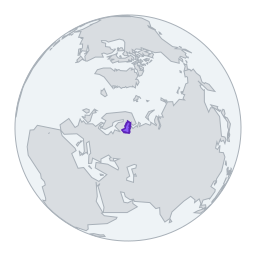 globe centered on Karelia, rotated 28°
{"feature_id": "RUS-2353", "entity_name": "Karelia", "entity_type": "Republic", "adm_level": 1, "iso_a3": "RUS", "parent_name": "Russia", "parent_adm1": "", "projection": "orthographic", "projection_center": [34.102, 63.665], "detail": "medium", "context": "on_globe", "style": "filled", "palette": "violet", "viewbox_px": 256, "rotation_deg": 28, "n_neighbors": 0, "source": "natural_earth", "source_scale": "10m", "svg_char_len": 12001}
<svg xmlns="http://www.w3.org/2000/svg" viewBox="0 0 256 256"><g transform="rotate(28 128 128)"><circle cx="128" cy="128" r="113" fill="#eef3f6" stroke="#a8b0b8"/><path d="M59.9,38.3L61.4,37.2L78.5,28.2L66.5,33.7L71.2,30.8L76.9,28.0L76.0,28.7L82.8,26.5L88.4,24.5L96.5,24.1L100.8,28.0L97.7,28.3L99.1,29.3L103.1,29.1L105.5,28.8L115.8,33.4L129.2,35.2L133.9,33.6L132.5,35.8L141.7,31.5L149.2,31.8L140.4,32.8L139.2,34.1L144.2,34.9L144.1,36.3L146.5,37.6L145.9,39.4L140.8,40.0L140.3,41.2L143.9,41.8L145.5,44.0L140.4,43.0L142.8,46.8L134.7,48.9L121.4,45.5L116.5,48.8L101.9,50.9L102.9,52.4L98.0,54.4L97.3,56.9L94.8,56.7L96.4,59.0L98.9,58.7L100.4,59.6L100.2,61.1L97.0,61.1L96.6,60.3L95.5,61.1L94.0,60.5L94.7,61.6L90.8,61.5L94.3,63.9L91.0,65.7L88.5,65.1L89.1,62.2L85.0,53.9L82.7,52.6L78.7,53.5L70.3,61.4L67.6,61.3L63.5,63.3L64.8,64.6L68.5,63.6L69.9,66.7L74.1,65.1L75.3,66.3L79.6,66.0L78.4,69.3L75.0,72.7L71.5,73.1L69.9,74.7L72.9,77.0L65.9,80.7L60.6,88.1L58.9,88.8L56.2,84.9L57.1,77.8L53.6,73.4L55.4,79.7L51.0,81.5L50.0,83.3L50.0,85.2L51.4,85.9L49.8,87.3L47.5,81.5L48.9,80.2L49.6,82.0L50.1,78.7L48.5,75.1L46.3,76.5L46.1,70.0L44.6,71.0L43.7,70.2L46.2,69.1L41.8,71.1L41.2,64.9L35.2,68.9L41.7,62.2L44.3,58.5L47.0,54.5L46.0,55.0L50.9,49.3L53.1,45.7L50.6,46.5L46.3,50.5L41.2,56.4L41.2,56.9L38.3,61.1L37.2,61.4L31.6,69.9L30.8,71.0L35.6,63.6L40.9,56.6L46.8,50.0L53.1,43.9L59.9,38.3ZM23.7,85.4L23.5,86.1L22.2,90.3L21.0,93.0L21.2,93.5L19.8,97.7L17.9,108.4L17.8,108.1L16.0,120.6L16.0,132.4L16.0,136.9L15.8,137.0L16.3,141.0L16.3,141.9L19.8,158.2L23.1,168.2L24.0,171.2L23.8,170.7L21.0,163.3L18.8,155.6L17.1,147.8L16.0,140.0L15.4,132.0L15.4,124.1L16.0,116.1L17.1,108.3L18.8,100.5L21.0,92.8L23.7,85.4ZM33.9,69.6L27.7,81.0L29.7,75.7L29.6,76.4L31.5,73.2L34.5,68.1L36.7,63.8L33.9,69.6ZM34.5,71.9L35.5,70.1L34.8,71.8L34.5,71.9ZM106.5,28.4L103.2,29.0L99.6,28.7L102.3,28.0L106.5,28.4ZM113.4,29.5L111.9,30.1L110.5,28.7L111.8,28.8L113.4,29.5ZM137.2,32.2L134.6,32.0L137.2,31.7L137.2,32.2ZM146.9,37.5L147.7,37.1L148.6,38.0L146.9,37.5ZM79.9,64.3L79.7,65.1L79.0,64.7L79.9,64.3ZM81.9,63.4L81.2,62.3L82.0,61.7L82.4,62.4L81.9,63.4ZM148.5,41.5L149.7,43.0L147.6,41.5L148.5,41.5ZM82.5,64.9L83.6,60.8L85.1,59.9L87.9,61.7L82.5,64.9ZM149.8,44.0L152.7,47.9L154.7,47.4L150.7,51.4L149.5,46.6L146.7,44.8L149.0,45.0L149.8,44.0ZM99.7,57.9L97.1,58.3L99.4,56.6L99.7,57.9ZM100.8,56.6L105.8,50.4L109.5,50.7L107.1,52.6L112.1,52.0L111.5,55.2L108.6,56.3L106.3,55.4L107.8,57.3L100.8,56.6ZM148.0,53.0L147.9,54.1L147.0,53.1L148.0,53.0ZM101.2,59.8L101.8,58.5L105.1,58.6L104.4,61.3L103.6,60.4L101.2,59.8ZM113.7,50.3L116.0,51.0L116.2,53.7L117.1,54.4L111.8,55.3L113.7,50.3ZM102.7,61.1L103.9,62.7L102.2,64.1L100.7,61.1L102.7,61.1ZM106.3,57.5L107.8,57.8L106.7,58.5L106.3,57.5ZM96.8,69.9L97.5,68.2L99.3,68.1L96.8,69.9ZM104.5,63.2L105.1,62.8L105.9,62.6L106.3,63.9L104.5,63.2ZM112.3,57.2L111.8,58.3L114.4,57.0L114.6,59.1L111.1,59.4L112.7,60.1L112.8,60.8L109.8,60.3L112.3,57.2ZM109.1,64.6L104.6,65.8L102.9,69.0L101.2,69.1L104.3,64.1L109.1,64.6ZM109.7,62.1L109.0,63.7L107.3,63.0L106.9,61.5L109.7,62.1ZM116.1,60.4L116.7,57.1L117.4,57.2L116.1,60.4ZM108.9,65.6L110.0,65.3L108.9,65.9L108.9,65.6ZM114.2,62.1L114.3,61.0L115.2,61.1L114.2,62.1ZM112.0,65.7L110.6,66.1L110.2,65.1L112.0,65.7ZM113.3,64.2L114.4,64.6L111.0,64.5L113.2,63.6L113.3,64.2ZM115.0,62.4L115.6,62.1L114.8,62.9L115.0,62.4ZM114.2,69.5L109.9,69.6L109.1,67.3L113.4,67.5L114.2,69.5ZM93.7,235.3L86.8,231.7L89.5,230.9L88.3,228.7L79.9,220.2L81.7,217.2L79.5,214.6L74.9,213.0L72.4,209.6L69.6,208.2L52.7,198.9L47.8,191.9L42.5,175.8L45.7,173.8L46.7,168.2L69.2,161.5L73.5,165.7L90.7,170.7L92.8,172.3L90.3,177.0L102.8,187.0L107.4,183.7L119.3,188.7L127.4,188.8L131.2,179.1L117.8,178.6L116.0,173.4L127.1,169.5L138.9,169.8L138.6,167.8L131.6,163.5L134.7,159.5L129.2,161.7L131.1,163.8L127.7,165.2L125.7,163.4L126.9,162.0L123.5,161.0L118.7,168.1L120.2,171.0L110.9,171.2L112.4,176.2L109.8,177.9L106.2,170.2L106.9,167.7L99.9,158.0L98.3,160.7L104.8,170.1L102.6,169.0L100.6,172.9L100.4,169.1L93.7,158.4L85.6,157.1L74.6,163.5L70.0,161.7L66.5,157.1L71.3,147.4L81.0,152.4L82.8,149.3L81.5,142.5L84.6,144.6L85.2,142.6L88.9,144.1L94.8,140.9L98.7,141.8L101.6,135.5L104.0,135.2L101.6,138.9L102.0,142.1L111.7,144.2L113.7,143.2L114.8,139.0L117.4,140.2L117.2,135.9L123.1,135.0L115.8,132.6L116.9,127.8L120.8,124.7L119.9,122.7L113.6,128.0L112.2,130.5L113.2,133.3L108.4,140.0L104.9,140.4L105.0,131.9L100.0,131.6L102.2,125.3L118.0,114.8L124.2,113.1L133.2,120.3L131.4,123.3L127.3,122.2L130.5,127.6L130.5,125.0L132.6,126.1L134.3,122.1L135.8,122.7L134.7,117.9L136.8,118.2L137.5,121.2L141.6,115.7L146.2,115.2L146.4,113.7L145.3,112.2L151.8,112.7L151.6,111.6L149.4,111.0L147.7,108.4L147.2,104.1L149.5,104.5L150.0,106.1L154.4,110.2L155.3,114.5L156.2,114.3L155.9,110.6L150.6,105.6L149.6,102.9L152.5,104.8L151.4,103.9L151.6,102.7L154.0,101.9L151.0,99.6L150.6,86.4L155.1,83.8L157.7,86.9L159.8,78.6L164.8,76.7L162.8,76.1L162.4,71.9L160.9,72.4L159.9,71.9L158.3,61.9L159.7,60.0L156.7,55.3L155.7,55.0L154.5,56.1L150.7,51.4L154.7,47.4L156.9,48.1L157.9,45.3L162.7,47.5L167.1,48.2L171.7,52.6L174.8,52.9L174.8,51.7L179.1,51.4L187.6,54.9L180.5,57.0L167.6,53.5L172.8,55.3L171.5,56.5L173.4,58.1L177.1,59.3L177.5,58.5L183.1,69.0L191.8,76.1L191.4,71.4L193.9,70.1L203.5,74.9L214.4,91.4L217.8,90.5L219.8,92.1L220.9,96.3L218.0,94.1L216.6,96.3L214.8,94.5L215.5,100.8L213.0,98.5L214.8,104.7L217.1,104.9L217.4,100.1L220.0,106.5L223.8,105.0L227.2,108.1L230.8,121.9L230.1,131.4L230.6,133.0L228.8,134.7L228.7,140.8L233.9,141.4L234.6,143.3L233.3,152.9L232.9,151.8L228.1,156.4L228.9,161.9L232.6,159.4L233.9,161.2L231.8,164.5L230.2,163.2L228.5,164.7L227.8,160.4L224.1,157.2L221.8,162.6L220.9,160.0L215.4,158.9L211.6,166.4L206.2,181.5L207.4,188.3L204.7,193.7L196.8,189.2L193.3,183.4L190.4,186.1L182.3,183.6L168.1,189.8L166.2,188.3L163.5,190.3L157.8,189.8L154.9,186.8L151.4,187.9L159.3,195.5L163.0,194.2L166.2,189.5L167.7,192.4L173.2,193.2L166.9,203.1L145.9,214.3L144.0,209.2L128.9,193.6L129.5,191.5L129.4,191.2L129.2,190.8L127.7,194.2L125.1,190.6L133.0,202.8L134.3,207.6L145.6,214.6L144.5,215.6L148.2,216.6L160.2,212.0L160.3,213.7L154.5,222.2L138.0,232.3L140.3,235.9L139.3,238.3L129.3,239.9L130.4,240.5L125.3,240.6L117.2,240.1L109.3,239.1L101.4,237.5L93.7,235.3ZM61.0,168.8L60.3,170.4L61.0,168.8ZM151.3,174.8L158.4,173.4L155.5,167.6L158.0,166.6L156.1,165.0L155.2,167.1L150.5,162.5L153.7,159.7L153.0,156.8L150.6,157.2L145.5,163.1L152.1,169.7L150.4,172.7L151.3,174.8ZM17.9,108.7L17.5,110.5L17.7,108.8L17.9,108.7ZM29.2,75.8L28.2,77.9L27.5,79.3L28.0,77.9L29.2,75.8ZM23.2,93.5L22.5,96.2L22.9,93.8L23.2,93.5ZM26.9,82.8L23.7,91.5L24.5,87.2L26.6,81.8L25.6,84.9L26.9,82.8ZM33.4,72.1L32.6,73.5L32.3,73.5L33.4,72.1ZM34.0,73.1L34.2,72.7L34.9,71.8L34.0,73.1ZM51.1,81.8L51.2,82.3L50.8,84.4L50.3,83.6L51.1,81.8ZM53.4,93.0L50.8,95.1L52.3,93.0L51.0,92.1L52.6,86.8L58.1,88.9L55.3,88.8L53.4,93.0ZM56.3,80.4L54.6,83.4L56.2,80.0L56.3,80.4ZM85.2,130.1L86.2,132.3L84.5,134.3L79.6,133.5L82.1,130.6L85.2,130.1ZM88.1,135.0L89.5,127.0L92.6,127.2L90.6,128.4L92.6,129.4L89.9,131.6L91.4,139.8L90.0,142.2L81.7,139.3L85.2,138.9L84.0,136.7L88.1,135.0ZM87.7,107.4L88.4,104.3L94.2,108.9L93.0,111.2L88.0,110.5L86.6,107.3L87.7,107.4ZM87.2,69.0L87.1,67.8L88.0,67.8L88.8,68.8L87.2,69.0ZM97.0,69.1L88.7,74.4L88.2,73.3L84.0,77.9L80.9,76.8L83.7,73.7L78.1,76.4L79.4,73.2L75.8,75.4L82.4,68.8L83.4,66.2L83.5,69.5L86.3,70.7L87.9,70.4L92.8,67.6L96.2,62.6L99.6,63.1L101.1,64.7L100.8,66.0L98.7,65.2L99.8,67.5L96.5,67.4L97.0,69.1ZM116.3,85.8L114.0,84.1L115.7,89.2L112.4,88.9L112.8,89.5L110.3,90.6L107.9,93.1L106.5,92.5L106.1,93.8L104.4,94.6L103.5,96.2L100.7,95.6L99.3,97.5L98.7,96.2L97.1,99.6L97.0,96.9L94.8,97.8L96.1,100.0L83.0,94.2L77.6,94.1L73.2,95.6L73.6,90.9L78.1,86.6L84.4,83.3L89.5,84.1L88.8,81.9L91.0,81.7L90.6,83.5L92.5,80.6L94.3,80.9L99.9,78.4L101.5,74.2L103.6,73.2L103.8,75.1L105.7,72.9L107.6,75.7L109.1,75.1L112.4,77.4L112.0,81.4L113.7,80.5L116.3,82.3L116.3,85.8ZM115.1,70.2L115.3,74.9L113.6,77.1L108.5,72.2L106.9,72.3L103.5,69.4L106.1,66.4L106.8,67.4L108.1,67.8L106.8,68.6L108.8,68.3L109.8,69.8L111.7,69.9L111.2,71.4L115.1,70.2ZM95.5,171.0L97.1,171.8L99.8,172.2L98.6,174.8L95.5,171.0ZM90.8,163.8L92.3,164.0L91.9,167.7L90.2,167.0L90.8,163.8ZM93.6,161.0L92.5,163.7L92.0,161.8L93.6,161.0ZM103.0,138.9L104.7,138.8L104.8,139.8L103.7,141.1L103.0,138.9ZM120.5,101.4L119.4,99.9L120.0,99.4L119.9,95.5L122.3,95.5L123.3,97.8L120.5,101.4ZM128.8,180.9L126.2,182.8L125.0,181.8L126.1,181.3L128.8,180.9ZM111.5,179.5L115.3,181.2L111.1,180.1L111.5,179.5ZM123.1,100.7L122.7,99.1L124.1,100.1L123.1,100.7ZM124.0,95.3L125.7,96.1L122.5,95.0L124.0,95.3ZM158.6,234.6L151.0,238.3L145.6,239.2L144.6,239.1L147.4,237.3L153.6,235.5L156.7,233.7L158.6,234.6ZM235.3,162.2L233.9,166.2L234.5,164.2L236.9,156.8L236.9,156.7L235.3,162.2ZM234.4,164.6L231.8,169.4L226.2,171.7L228.3,168.5L233.7,162.9L233.4,164.2L235.0,161.8L234.4,164.6ZM239.2,145.7L238.0,152.0L237.2,154.7L236.7,154.0L237.0,151.4L237.7,149.0L239.0,134.1L239.7,131.9L239.7,137.1L240.2,136.2L239.6,142.5L239.3,145.3L239.2,145.7ZM207.9,188.5L210.6,190.1L208.9,192.2L207.9,188.5ZM238.4,126.5L238.6,132.8L238.1,126.1L238.4,126.5ZM237.4,121.4L238.0,122.3L237.3,122.8L237.4,121.4ZM231.6,134.7L231.0,137.6L230.4,136.8L231.0,132.7L231.6,134.7ZM229.7,110.8L231.7,113.4L232.3,114.8L231.0,114.5L229.7,110.8ZM143.0,99.4L140.6,104.8L140.4,108.9L142.8,111.4L138.4,110.2L138.6,103.9L143.0,99.4ZM149.4,88.0L147.3,85.9L148.9,85.3L149.6,85.7L149.4,88.0ZM147.7,87.7L143.9,87.9L143.1,85.9L146.3,86.1L147.7,87.7ZM133.5,94.3L132.6,95.8L131.4,94.9L133.5,94.3ZM240.1,139.5L240.3,135.4L240.4,132.5L240.6,124.8L240.4,134.7L240.4,134.8L240.5,132.8L240.1,139.5ZM240.4,120.0L240.3,119.4L240.4,120.0ZM240.1,120.9L239.6,122.0L239.7,125.6L239.0,117.3L239.7,117.5L240.1,120.9ZM238.8,119.3L239.0,122.6L238.5,118.3L238.8,119.3ZM238.7,122.6L238.1,121.5L238.3,119.7L238.7,122.6ZM238.9,118.0L237.9,115.2L238.5,115.5L238.9,118.0ZM236.6,119.4L238.0,117.2L237.2,122.0L234.6,117.8L234.8,115.3L236.6,119.4ZM221.6,87.8L220.2,87.2L219.6,84.7L220.8,85.8L221.6,87.8ZM216.5,76.3L219.0,83.8L220.8,90.1L221.4,89.1L223.9,92.3L221.7,92.8L218.8,86.8L217.8,82.5L215.4,80.2L213.4,76.1L210.3,74.6L208.7,72.5L211.1,72.5L216.5,76.3ZM209.1,74.2L203.1,70.6L203.0,66.9L204.4,66.9L207.1,70.0L207.0,71.8L209.1,74.2ZM201.6,68.7L201.4,70.4L192.2,69.7L190.2,68.7L197.2,67.0L197.4,68.6L199.7,69.5L201.6,68.7ZM149.1,54.1L148.0,54.1L148.7,53.4L149.1,54.1ZM159.0,72.3L157.8,71.3L158.7,70.4L159.0,72.3ZM154.9,68.3L154.7,70.0L153.9,68.1L154.9,68.3ZM154.6,73.8L154.2,70.6L155.9,74.0L154.6,73.8Z" fill="#d9dde1" stroke="#a8b0b8" stroke-width="1"/><path d="M124.7,123.1L124.3,122.0L126.0,122.1L126.3,122.7L126.6,122.7L126.8,122.4L127.2,122.3L127.3,122.3L127.1,122.4L127.5,122.5L127.6,122.4L127.6,122.5L127.4,122.8L128.0,122.9L128.4,123.2L128.5,123.4L128.4,123.5L128.5,123.6L128.6,123.8L128.5,124.0L128.4,124.4L128.5,124.5L128.2,124.6L128.3,124.7L128.3,124.8L128.5,125.1L128.5,125.3L128.7,125.7L128.5,125.8L128.8,125.9L128.6,126.0L128.8,126.4L128.7,126.4L128.8,126.5L129.0,126.6L129.3,126.7L129.5,126.6L129.6,126.9L129.8,127.0L129.9,127.3L130.1,127.4L130.1,127.8L129.5,128.1L129.9,128.5L129.9,128.8L130.0,128.9L129.9,129.2L130.2,129.6L130.7,129.9L131.1,129.9L131.2,130.5L131.0,130.8L131.3,130.8L131.4,131.2L131.5,131.2L131.5,131.7L131.4,131.9L131.4,132.1L131.0,132.2L130.7,132.0L130.4,132.1L130.2,132.4L129.3,132.9L129.2,132.9L129.2,132.7L128.6,132.6L128.4,132.7L128.3,132.9L128.1,132.8L127.5,132.8L127.4,133.0L127.8,133.1L127.7,133.3L127.3,133.2L127.4,133.4L127.2,133.4L127.0,133.7L126.7,133.9L124.0,132.8L123.7,132.8L123.5,132.5L124.8,130.8L125.4,130.2L125.7,129.4L125.5,129.1L125.4,128.8L124.8,128.3L124.4,127.7L124.6,127.6L125.0,127.1L125.0,126.8L124.5,126.5L124.6,126.3L124.5,126.1L124.7,125.7L124.4,125.7L124.3,125.3L124.3,125.1L124.5,125.0L124.5,124.9L124.3,124.8L124.4,124.6L124.4,124.3L124.5,124.1L124.4,124.0L124.8,123.9L124.7,123.1ZM129.5,125.3L129.4,125.4L129.2,125.1L129.4,125.0L129.5,125.2L129.4,125.1L129.5,125.3ZM129.6,125.0L129.8,125.0L129.5,125.0L129.6,125.0ZM129.5,125.2L129.6,125.3L129.5,125.2Z" fill="#8b5cf6" stroke="#5b21b6" stroke-width="1.5"/></g></svg>